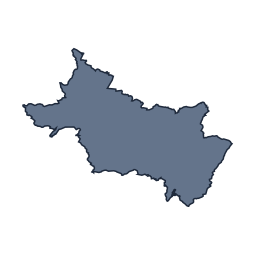 Isverna, Mehedinti, Romania, rotated 171°
{"feature_id": "2599482B93606099266204", "entity_name": "Isverna", "entity_type": "district", "adm_level": 2, "iso_a3": "ROU", "parent_name": "Romania", "parent_adm1": "Mehedinti", "projection": "natural_earth1", "projection_center": [22.644, 44.967], "detail": "fine", "context": "isolated", "style": "filled", "palette": "slate", "viewbox_px": 256, "rotation_deg": 171, "n_neighbors": 0, "source": "geoboundaries", "source_scale": "gbopen_adm2", "svg_char_len": 5825}
<svg xmlns="http://www.w3.org/2000/svg" viewBox="0 0 256 256"><g transform="rotate(171 128 128)"><path d="M228.1,165.6L226.6,164.2L226.0,164.0L226.7,160.6L226.4,160.0L225.4,159.2L225.8,156.8L224.4,156.0L223.6,156.3L221.8,154.8L221.1,153.9L221.3,153.3L222.1,152.9L220.5,151.7L218.9,149.7L219.3,148.5L219.7,148.4L220.2,147.4L219.9,146.3L219.1,145.2L217.8,144.9L217.3,144.1L214.4,143.3L213.0,142.2L211.8,142.1L210.1,142.9L207.1,142.8L205.8,142.4L204.7,141.5L205.0,141.3L204.7,140.5L205.1,140.3L205.1,139.9L204.0,139.7L202.2,138.9L201.2,137.9L198.9,139.3L199.7,137.8L202.8,136.1L206.3,132.9L206.2,131.8L205.8,131.7L205.3,132.0L205.1,131.2L204.3,131.2L203.5,132.3L202.7,132.2L201.0,133.6L200.4,133.2L196.4,137.4L194.5,137.5L189.8,138.7L181.2,137.4L180.1,135.9L179.5,134.7L179.0,134.5L177.6,135.3L175.9,135.0L175.3,134.0L175.4,133.4L176.8,132.5L177.4,130.7L179.6,129.2L181.2,128.8L177.8,128.6L177.1,128.2L178.3,127.8L178.5,127.3L176.9,124.7L179.0,122.0L177.2,120.8L176.3,118.6L173.7,116.3L173.3,114.5L172.1,113.4L172.6,111.6L172.3,110.5L171.9,109.9L171.0,109.6L171.3,108.7L171.1,107.8L170.7,107.4L171.0,105.8L173.0,103.7L173.0,102.8L172.3,102.1L171.9,101.0L169.9,99.1L170.5,98.8L170.5,98.5L170.2,98.5L170.7,97.8L169.9,97.4L168.9,96.1L167.8,95.7L167.4,93.8L168.1,92.2L169.0,92.0L169.1,91.5L170.6,90.2L170.4,90.0L169.7,90.0L169.0,89.2L168.9,90.2L167.2,89.9L163.7,88.6L161.1,88.9L160.7,89.4L158.1,89.9L156.3,89.8L154.1,88.4L148.8,88.0L146.5,87.0L146.0,86.4L142.1,84.2L141.5,83.4L141.6,82.5L141.1,82.2L139.7,82.4L139.2,82.9L138.4,83.1L137.3,82.9L135.9,83.3L133.6,84.8L129.3,85.5L128.7,86.0L127.6,85.8L125.6,84.3L125.2,80.8L125.6,80.7L121.7,79.2L118.5,79.7L117.0,78.3L116.4,78.7L115.4,78.7L114.8,77.8L115.2,77.9L115.6,77.4L113.9,77.5L112.8,76.1L112.8,74.2L110.4,74.4L110.0,73.3L108.8,73.4L109.0,72.9L108.5,72.8L108.6,72.0L108.3,71.7L106.3,71.7L105.6,72.8L103.2,73.9L103.2,73.2L103.5,72.9L102.6,72.8L99.4,70.2L99.7,68.5L100.6,68.5L100.9,66.7L100.6,66.4L100.7,65.8L101.2,65.6L101.2,65.1L100.6,64.8L99.7,65.3L99.0,63.9L98.3,63.3L98.7,61.7L99.4,60.2L99.5,58.9L100.5,57.6L101.4,57.4L101.7,56.4L101.4,54.8L100.8,53.7L101.4,51.3L100.7,49.6L99.6,49.9L97.0,52.6L94.9,53.6L94.8,53.9L95.4,54.1L94.7,55.8L94.1,56.4L94.3,57.4L93.3,58.1L92.1,59.8L91.5,60.0L90.8,59.7L90.8,59.3L92.3,57.9L92.1,57.6L92.7,56.6L92.5,56.0L93.8,54.4L92.0,54.1L91.2,55.6L90.9,55.4L91.1,54.3L89.9,54.2L88.8,52.8L87.6,52.9L87.4,52.5L88.1,51.1L87.8,48.6L85.5,46.7L85.5,46.1L83.2,43.8L82.2,42.2L80.8,41.3L80.3,41.2L79.8,42.1L78.3,43.1L75.8,43.8L74.9,44.5L74.6,45.7L74.8,46.8L73.9,47.7L72.8,47.9L71.3,47.4L70.6,47.7L69.4,47.5L65.7,48.3L64.4,49.0L64.4,50.6L61.5,50.7L59.4,55.3L58.2,56.4L55.4,57.6L55.4,58.2L56.1,58.5L56.3,59.2L54.5,60.1L53.9,61.0L54.1,61.6L55.6,63.0L55.6,64.5L53.4,64.9L52.5,67.6L51.0,68.6L51.7,70.6L50.9,71.3L49.4,71.7L49.5,72.6L48.9,73.5L47.7,74.1L45.4,76.2L44.2,78.0L41.2,79.6L40.8,80.6L38.8,82.4L37.8,85.2L37.2,85.5L36.5,87.2L33.5,91.1L31.2,92.5L30.4,93.8L27.7,96.2L28.4,96.8L29.1,98.6L30.4,99.9L35.2,102.2L36.7,102.1L37.5,102.5L40.6,105.0L41.0,106.0L41.8,106.5L44.2,106.4L45.6,107.0L47.8,106.7L50.2,106.8L52.2,106.2L53.0,106.5L53.9,106.3L54.8,106.6L54.5,110.4L54.0,111.0L54.3,111.2L54.8,112.7L56.3,113.9L54.0,116.7L53.8,117.5L54.0,119.1L55.8,120.7L55.5,121.7L54.6,122.6L54.5,123.5L53.6,124.3L52.2,127.2L50.9,127.8L50.7,128.4L49.4,128.4L49.7,128.8L49.0,129.1L50.0,129.1L50.2,129.5L45.5,132.1L46.5,133.7L45.9,136.0L47.5,136.6L46.8,138.0L47.8,138.4L48.9,141.2L50.0,141.8L52.0,141.5L52.1,141.1L52.4,141.3L54.6,140.7L57.5,139.0L61.3,138.3L63.3,138.6L66.1,139.5L67.0,140.1L69.8,140.0L72.1,139.0L73.8,139.2L73.7,138.5L74.7,137.7L75.5,137.5L75.3,136.8L75.5,135.9L76.6,136.0L76.9,135.3L78.4,135.3L78.9,135.1L78.7,136.9L79.9,139.3L81.8,139.4L82.1,139.9L85.1,141.4L85.2,142.2L86.6,142.2L88.0,142.9L88.3,142.7L93.2,144.4L94.5,145.1L94.9,146.4L96.0,146.5L96.1,146.8L97.0,146.5L97.9,145.6L99.8,145.1L100.1,143.9L101.3,143.3L104.3,142.6L106.7,143.0L106.2,144.3L109.7,145.6L111.2,145.7L111.9,146.7L111.1,148.2L110.0,148.8L109.2,149.8L109.7,151.0L111.3,151.0L111.2,151.8L111.7,152.6L114.9,154.9L116.6,154.9L119.0,154.0L120.1,154.2L119.6,155.0L118.9,156.7L119.2,158.5L120.4,159.4L122.4,159.4L122.5,160.4L123.2,161.1L124.8,161.2L125.5,161.8L126.5,161.6L128.5,162.8L128.7,163.1L128.0,165.2L128.5,166.1L134.1,166.3L134.0,168.3L142.2,170.4L136.1,177.8L134.4,181.4L135.5,181.9L135.6,182.4L137.1,183.2L138.5,183.1L138.7,183.3L138.4,184.4L139.6,184.8L138.8,185.5L140.5,185.7L140.0,186.7L140.6,186.7L141.2,186.1L142.3,186.2L144.5,187.7L146.3,188.4L146.8,189.0L146.8,189.7L148.4,190.8L149.1,191.0L150.9,190.3L151.2,189.6L152.9,191.8L154.7,193.2L154.9,194.4L154.8,195.2L157.7,196.5L159.7,198.1L160.1,199.3L158.5,200.7L158.6,201.3L160.5,201.6L162.0,202.3L163.8,202.4L163.9,203.4L163.5,204.1L161.5,206.9L162.0,208.1L160.6,208.0L160.2,208.3L160.2,208.8L162.9,209.7L166.4,213.1L169.0,214.8L171.2,213.3L170.9,211.8L170.4,211.1L170.4,210.3L170.8,209.2L170.4,208.4L170.8,208.3L170.8,208.0L168.6,205.3L168.5,204.9L168.8,204.1L169.2,203.9L168.0,201.4L168.7,200.2L168.1,199.5L168.5,198.3L168.4,197.3L168.1,197.1L168.7,194.5L169.7,194.0L170.8,194.2L172.1,193.3L173.6,191.0L173.4,189.7L174.6,188.3L175.2,186.7L176.0,185.9L177.1,185.5L178.7,183.9L179.9,182.6L180.1,181.4L181.1,180.2L183.8,180.1L185.7,181.2L186.1,181.9L187.3,182.8L187.2,183.1L188.2,183.2L187.9,181.1L188.0,178.8L187.0,176.5L187.1,174.9L184.7,171.9L184.7,171.1L185.5,169.9L185.6,168.8L184.2,167.5L185.2,167.9L188.1,167.9L188.5,167.6L189.0,166.4L190.4,166.3L190.7,166.0L192.5,165.7L193.1,166.0L192.3,163.4L193.6,163.0L196.3,163.5L199.4,162.7L202.1,163.2L207.1,162.3L208.3,162.9L208.4,163.6L209.3,164.8L210.3,165.0L211.1,165.6L213.9,165.6L215.2,165.0L216.6,164.9L219.7,167.0L220.4,167.2L222.4,167.3L224.3,165.8L226.2,166.1L226.6,167.0L228.0,167.1L228.3,166.4L228.1,165.6Z" fill="#64748b" stroke="#1e293b" stroke-width="1.5"/></g></svg>